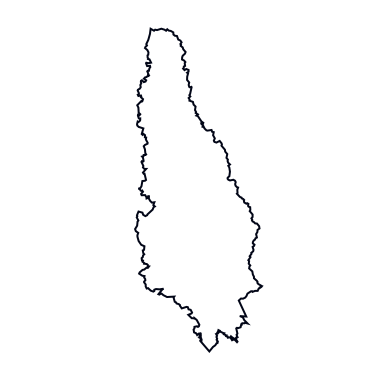 Guachinango, Jalisco, Mexico, rotated 24°
{"feature_id": "50627088B196089850290", "entity_name": "Guachinango", "entity_type": "district", "adm_level": 2, "iso_a3": "MEX", "parent_name": "Mexico", "parent_adm1": "Jalisco", "projection": "albers", "projection_center": [-104.413, 20.697], "detail": "fine", "context": "isolated", "style": "outline", "palette": "ink", "viewbox_px": 384, "rotation_deg": 24, "n_neighbors": 0, "source": "geoboundaries", "source_scale": "gbopen_adm2", "svg_char_len": 6058}
<svg xmlns="http://www.w3.org/2000/svg" viewBox="0 0 384 384"><g transform="rotate(24 192 192)"><path d="M287.2,246.7L283.7,245.6L283.0,244.1L281.2,242.7L279.4,240.0L275.3,238.6L274.8,236.7L275.1,235.4L273.0,234.4L272.3,231.9L271.2,231.4L271.9,227.7L270.8,227.2L271.5,224.3L270.9,223.5L272.0,221.3L271.7,219.8L269.7,217.5L270.6,215.9L270.5,214.7L268.5,214.2L268.0,213.1L268.1,211.1L268.9,209.9L268.8,208.5L269.8,207.2L267.7,204.4L268.0,202.0L267.3,200.0L268.5,197.9L267.2,195.9L264.2,194.4L262.5,195.0L260.4,194.2L259.4,194.3L258.3,193.5L258.2,192.7L257.0,191.9L257.5,190.2L256.5,187.9L252.5,186.0L252.6,184.7L251.3,182.2L249.7,182.4L248.9,181.9L248.3,179.9L246.9,179.8L246.4,180.6L244.0,180.3L242.8,178.7L242.9,178.1L241.8,177.6L240.1,177.6L239.6,177.0L237.7,177.0L233.7,175.3L234.0,174.4L232.5,171.6L232.3,169.2L231.1,169.3L229.2,168.5L228.2,167.2L227.9,165.2L226.7,164.2L224.8,164.0L222.0,166.0L220.2,166.0L219.1,165.4L218.8,164.4L219.7,162.4L218.4,158.0L216.1,154.4L214.5,153.3L215.5,151.4L213.1,150.5L211.9,149.2L211.6,147.8L209.6,146.8L208.8,143.0L205.9,141.6L204.9,140.0L200.1,137.7L200.0,136.4L199.2,135.5L196.5,134.1L194.2,136.9L192.1,137.1L191.1,136.3L191.0,133.7L188.2,131.6L187.5,128.5L185.9,128.8L184.6,127.4L181.2,129.6L180.1,129.8L177.4,128.8L176.7,127.9L175.1,128.1L175.1,126.6L173.2,126.2L172.6,125.6L174.2,124.9L174.2,124.2L171.9,123.7L166.5,120.3L165.0,120.4L165.8,118.7L163.2,118.3L163.2,117.3L161.4,115.9L160.5,112.5L157.9,111.5L156.2,109.3L152.5,109.6L152.3,108.6L150.7,107.5L151.6,105.4L150.2,104.6L150.4,103.3L149.0,96.4L148.6,96.2L147.6,97.2L146.7,97.1L145.4,95.5L144.9,93.1L141.9,91.6L140.7,88.6L140.2,85.4L139.0,85.0L139.9,83.5L139.2,81.9L136.7,82.0L135.6,83.7L133.7,82.9L134.0,82.1L133.5,80.7L134.4,79.6L132.9,77.2L133.1,76.0L131.3,75.1L129.0,75.0L128.2,72.9L128.1,71.3L129.3,68.5L129.2,66.7L126.0,65.2L124.7,63.7L122.2,63.1L122.1,61.9L121.2,61.5L121.6,59.5L119.8,58.4L117.4,58.3L114.8,55.6L112.8,56.2L111.0,55.7L110.0,53.8L107.1,53.5L105.1,54.0L103.2,53.4L102.7,55.2L100.9,54.9L97.6,55.3L94.2,58.3L92.3,58.7L91.7,60.1L87.8,59.7L89.3,64.7L90.2,70.8L90.1,75.5L91.3,76.5L90.5,78.2L90.5,79.6L93.5,80.5L95.4,82.1L96.2,84.4L95.8,85.3L96.9,87.4L97.8,87.8L97.8,88.4L99.3,88.2L102.0,90.5L99.9,92.0L97.7,92.5L97.6,93.0L99.8,95.2L102.3,93.8L103.1,94.9L102.8,96.4L103.3,98.8L102.3,99.2L102.1,100.0L103.9,101.7L104.0,102.4L105.3,102.9L105.1,103.7L104.4,103.7L103.7,105.5L102.5,106.4L102.0,108.0L104.7,108.6L104.6,110.0L103.3,111.2L100.8,110.3L100.2,111.2L100.5,112.3L101.4,113.2L101.3,115.3L102.5,117.1L102.3,118.7L101.0,120.7L101.1,121.4L103.3,123.3L103.6,124.2L102.9,125.2L104.0,126.1L106.1,124.6L106.8,125.3L106.8,126.2L109.5,127.1L109.7,129.3L109.4,129.8L108.7,129.6L106.7,135.0L108.7,136.7L111.0,141.2L113.1,142.0L112.8,143.3L111.3,143.4L111.5,144.2L113.4,146.3L114.2,146.4L114.8,145.9L115.3,147.0L115.5,147.9L114.7,149.8L114.2,150.3L113.8,150.1L114.2,152.4L115.1,153.6L117.4,154.4L117.0,154.2L121.7,153.7L122.5,159.5L123.7,159.9L124.0,158.7L126.0,159.2L126.7,161.2L128.0,160.9L128.5,162.8L131.5,165.1L131.7,166.0L129.9,168.1L129.3,169.8L131.6,172.1L133.7,175.7L134.8,176.3L134.5,177.1L132.8,177.9L133.1,179.0L132.0,179.9L133.2,180.5L135.2,183.4L135.1,183.9L133.7,184.2L133.6,185.1L137.0,188.0L137.2,189.5L139.2,190.3L140.7,189.6L139.3,194.2L140.5,195.0L141.2,194.6L145.1,199.7L144.5,200.8L142.2,202.2L143.5,207.3L143.2,209.5L141.6,210.8L143.1,210.5L144.5,211.6L145.8,211.5L146.0,211.0L147.1,211.7L146.3,214.5L147.3,215.4L150.5,213.9L152.5,215.3L153.1,216.4L153.7,215.8L153.7,213.6L154.4,213.4L155.2,215.5L157.5,217.2L159.7,218.0L161.8,216.7L162.0,219.7L163.9,220.3L163.1,221.4L163.2,224.1L160.4,230.6L160.5,231.4L159.2,233.0L156.7,232.7L155.1,231.0L151.1,231.6L151.2,235.7L151.9,236.3L151.8,237.6L154.6,239.9L154.3,241.2L155.6,245.1L155.1,249.0L156.6,250.6L159.5,251.2L159.7,253.7L160.4,255.1L163.2,258.5L167.1,260.9L170.6,260.9L171.7,264.3L170.8,265.4L172.4,267.7L173.7,268.3L173.1,269.8L173.5,271.5L172.9,272.9L174.0,274.7L175.1,274.6L175.1,275.8L177.3,276.3L177.4,277.0L180.0,276.2L181.3,276.6L181.7,277.7L183.0,277.4L182.5,279.3L181.2,279.7L179.9,282.3L178.5,283.3L176.9,286.7L176.9,288.1L180.7,288.7L182.8,288.1L183.1,289.6L184.6,290.5L185.3,291.7L184.7,293.3L185.0,294.0L187.3,295.3L188.1,297.1L189.9,298.6L191.0,297.7L194.4,298.9L197.2,298.7L197.8,297.8L197.3,296.6L198.6,295.3L202.0,294.1L205.4,291.9L204.5,293.1L202.9,299.0L203.9,299.0L204.9,297.5L205.5,297.2L207.9,297.9L211.9,298.1L218.3,294.8L218.1,295.9L220.9,299.3L222.2,299.3L223.2,300.1L225.6,299.8L227.0,300.2L227.2,300.8L230.0,302.5L233.7,299.2L235.0,298.9L236.6,300.6L238.7,300.2L241.1,302.1L241.0,303.1L238.6,305.7L243.1,307.4L245.5,306.4L246.4,307.1L245.9,306.3L248.4,307.0L252.7,310.3L252.9,311.9L252.3,312.8L251.2,312.6L249.1,314.2L249.7,315.8L249.4,317.0L251.0,319.4L253.3,319.4L254.9,320.6L255.6,318.9L256.1,319.1L256.9,317.7L257.5,317.7L258.3,319.3L257.5,319.9L257.6,320.6L258.4,320.3L259.0,320.8L258.1,322.0L259.8,322.1L260.7,322.7L261.0,323.6L260.0,323.6L260.0,324.6L272.7,330.6L274.2,325.0L275.6,322.6L276.0,320.1L276.7,319.7L276.5,318.3L275.8,318.2L275.6,317.4L274.6,317.0L274.6,315.7L273.3,314.5L273.4,313.2L271.9,312.0L272.4,311.7L272.3,310.6L273.1,310.7L273.5,309.5L272.5,308.8L272.3,307.4L274.2,307.5L274.8,308.1L277.8,308.1L278.4,308.7L279.0,308.1L279.3,309.0L280.4,308.9L281.4,309.7L282.0,309.0L282.6,309.8L283.4,309.6L284.0,310.5L286.1,309.2L286.3,308.0L287.6,308.5L287.3,310.0L288.9,311.1L289.6,310.2L288.2,309.5L288.3,308.5L289.8,308.8L290.1,310.0L291.2,309.6L294.2,310.9L294.4,310.2L291.5,308.2L291.4,307.7L292.1,307.3L291.8,306.1L292.4,305.9L290.8,304.3L291.1,302.9L287.9,298.6L288.3,297.8L289.6,297.5L291.4,295.8L290.9,293.2L291.4,292.9L290.9,292.1L291.4,291.4L293.3,290.6L293.6,289.9L296.2,289.5L291.9,287.8L289.4,285.8L286.1,285.9L292.2,283.7L278.9,272.1L280.1,269.4L282.0,268.7L283.6,266.8L284.1,264.7L284.0,262.3L286.3,258.7L287.4,258.2L287.9,258.6L289.8,256.7L292.2,255.6L292.2,253.3L294.0,250.5L294.1,250.0L293.6,250.2L294.0,249.5L290.0,249.1L288.7,248.4L288.3,247.3L287.2,246.7Z" fill="none" stroke="#020617" stroke-width="2"/></g></svg>